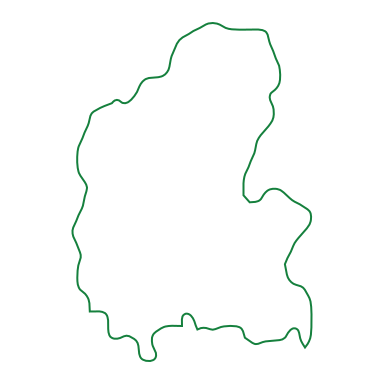 Pimentel, Duarte, Dominican Republic
{"feature_id": "3306468B52155686963809", "entity_name": "Pimentel", "entity_type": "district", "adm_level": 2, "iso_a3": "DOM", "parent_name": "Dominican Republic", "parent_adm1": "Duarte", "projection": "natural_earth1", "projection_center": [-70.124, 19.207], "detail": "fine", "context": "isolated", "style": "outline", "palette": "green", "viewbox_px": 384, "rotation_deg": 0, "n_neighbors": 0, "source": "geoboundaries", "source_scale": "gbopen_adm2", "svg_char_len": 3549}
<svg xmlns="http://www.w3.org/2000/svg" viewBox="0 0 384 384"><path d="M279.1,65.7L275.8,58.4L273.2,51.1L270.2,44.3L269.3,41.5L267.6,34.6L266.2,32.2L265.0,31.2L262.4,30.1L258.0,29.5L240.0,29.7L231.8,29.3L228.6,28.8L225.6,27.9L219.7,24.6L217.0,23.6L212.8,23.0L208.4,23.5L205.8,24.5L199.9,27.9L193.4,31.0L188.8,34.0L182.6,37.4L179.4,40.1L176.9,43.7L171.6,56.1L170.8,59.0L169.4,66.8L168.5,69.8L167.0,72.3L165.1,74.4L162.8,75.9L161.3,76.5L158.3,77.2L148.9,78.0L145.9,79.0L144.7,79.7L142.6,81.5L140.8,83.8L139.4,86.4L137.0,92.0L134.3,96.1L131.2,99.7L128.9,101.6L127.7,102.4L125.2,103.2L122.9,103.0L121.9,102.6L119.0,100.4L116.9,99.9L114.7,100.5L113.2,101.7L111.9,103.2L104.5,106.0L100.2,107.9L93.6,111.6L91.7,113.4L90.4,115.9L88.7,123.1L87.7,125.9L84.6,132.5L82.4,138.3L78.7,146.4L78.2,148.1L77.6,151.5L77.2,156.9L77.2,162.4L77.7,167.8L78.4,171.2L78.9,172.9L80.4,175.7L84.8,182.1L86.2,184.6L87.0,187.4L86.9,188.7L86.4,191.3L84.8,196.5L82.9,205.8L81.8,208.7L78.5,215.3L76.2,221.1L73.2,227.6L72.5,230.5L72.6,233.7L73.3,236.6L76.3,243.0L80.0,252.4L80.7,254.9L80.7,257.6L78.3,265.5L77.6,270.6L77.3,277.7L77.4,281.2L77.8,284.5L78.8,287.5L79.5,288.8L80.3,289.8L85.1,293.8L86.8,296.0L88.2,298.5L88.7,300.0L89.4,303.2L89.8,311.5L99.4,311.4L102.3,311.9L105.0,313.1L106.1,314.2L107.0,315.6L107.5,317.1L108.1,320.3L108.2,329.0L108.5,332.3L109.4,335.3L110.3,336.7L111.6,337.7L112.9,338.3L114.3,338.7L117.2,338.7L120.1,338.0L123.9,336.3L126.5,335.7L129.3,336.2L134.1,338.9L136.1,340.6L137.6,343.0L138.4,345.9L139.2,353.7L140.1,356.6L140.9,358.0L142.0,359.1L143.2,359.8L146.0,360.8L150.2,361.0L152.9,360.2L154.1,359.5L155.2,358.3L155.8,357.0L156.1,355.6L155.9,352.9L152.8,346.0L152.3,344.4L151.9,341.1L152.0,337.7L152.5,336.1L153.2,334.6L154.0,333.5L156.0,331.7L161.0,328.4L163.9,327.0L165.5,326.5L168.7,326.0L172.0,325.8L182.0,326.0L181.9,319.4L182.5,316.4L183.4,315.1L184.6,314.2L185.8,313.7L187.2,313.7L188.5,314.0L189.8,314.7L191.0,315.7L192.9,318.2L194.3,321.1L195.7,325.4L197.4,329.5L200.9,328.1L203.5,327.8L206.1,328.0L210.1,329.2L212.7,329.7L215.4,329.1L221.0,327.0L224.0,326.4L230.3,325.9L236.4,326.3L239.2,327.1L240.5,327.8L241.6,328.8L243.0,331.2L244.9,337.7L252.4,342.9L254.6,343.9L255.8,344.1L258.2,343.8L262.7,342.1L265.6,341.4L279.6,340.1L282.4,339.4L284.7,337.9L285.6,337.0L288.1,332.7L290.5,329.9L292.5,328.6L293.7,328.3L295.0,328.3L296.2,328.7L297.3,329.4L298.2,330.4L299.1,332.8L300.2,338.3L301.2,341.1L302.6,343.7L305.0,347.5L307.6,344.0L309.0,341.4L310.2,338.3L310.9,334.8L311.4,327.5L311.5,314.3L311.2,306.9L310.5,301.5L309.5,298.3L308.2,295.7L304.8,289.7L303.1,287.7L300.9,286.3L296.0,284.8L293.5,283.8L291.3,282.2L289.4,280.1L287.9,277.6L286.9,274.6L284.9,264.2L287.4,258.2L290.9,251.6L293.2,246.0L294.6,243.1L296.4,240.5L298.4,238.0L306.8,228.4L309.5,224.5L310.6,221.5L310.9,219.9L311.1,216.8L310.7,213.8L310.2,212.4L309.4,211.1L307.5,209.3L299.8,204.3L294.6,201.7L292.1,200.1L289.7,198.1L283.8,192.6L281.3,190.7L280.0,189.9L277.1,189.0L275.7,188.8L272.8,188.8L269.9,189.4L268.6,190.0L267.4,190.7L265.4,192.5L263.7,194.6L261.0,199.0L260.1,199.9L259.0,200.7L257.9,201.2L255.3,201.9L249.7,202.3L243.5,195.3L243.5,183.3L243.8,180.0L244.4,176.7L245.3,173.8L248.5,167.2L250.7,161.3L254.3,153.3L255.1,150.3L256.3,144.0L257.2,140.9L258.8,137.9L260.7,135.2L268.5,126.2L270.5,123.5L272.3,120.6L273.4,117.4L273.8,114.2L273.6,109.4L272.9,106.3L270.2,100.2L269.7,97.6L269.8,96.2L270.1,95.0L270.5,93.8L271.3,92.8L274.9,89.9L276.6,88.1L278.2,85.8L279.4,83.0L280.0,79.8L280.2,74.8L279.8,69.8L279.1,65.7Z" fill="none" stroke="#15803d" stroke-width="2"/></svg>